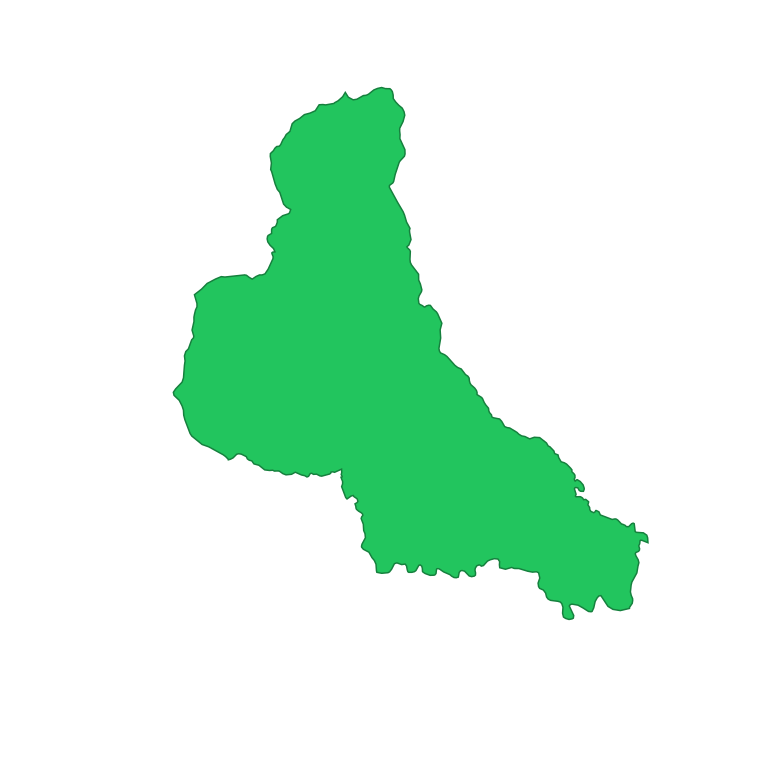 outline of Bongo, Chhukha, Bhutan, rotated 342°
{"feature_id": "84629894B25129658957997", "entity_name": "Bongo", "entity_type": "district", "adm_level": 2, "iso_a3": "BTN", "parent_name": "Bhutan", "parent_adm1": "Chhukha", "projection": "robinson", "projection_center": [89.655, 26.924], "detail": "fine", "context": "isolated", "style": "filled", "palette": "green", "viewbox_px": 768, "rotation_deg": 342, "n_neighbors": 0, "source": "geoboundaries", "source_scale": "gbopen_adm2", "svg_char_len": 6167}
<svg xmlns="http://www.w3.org/2000/svg" viewBox="0 0 768 768"><g transform="rotate(342 384 384)"><path d="M231.3,240.5L231.0,249.6L230.0,252.8L227.6,255.4L225.2,259.3L223.9,261.7L222.6,265.8L218.1,273.4L217.9,279.7L217.0,281.3L214.7,282.6L208.9,290.1L205.5,291.9L202.9,295.6L201.9,300.7L200.0,304.5L195.2,316.2L192.6,319.8L184.3,324.3L181.1,326.8L180.8,329.9L184.2,336.2L185.2,342.5L185.2,346.9L183.9,351.7L183.6,356.4L184.3,371.1L185.1,374.1L192.3,385.3L197.8,389.5L209.2,401.6L210.9,404.0L212.5,407.2L212.5,408.0L214.8,408.1L217.7,407.6L222.2,405.3L224.2,405.4L226.6,406.6L230.6,410.5L230.9,413.0L232.3,414.9L234.5,416.2L235.6,419.8L239.9,422.6L244.0,428.8L248.5,430.9L251.5,431.6L252.8,432.9L256.8,434.1L257.9,435.0L260.1,438.0L262.7,440.1L268.2,441.3L272.4,440.5L277.4,445.0L280.3,446.7L282.0,448.6L283.7,448.5L286.0,446.5L287.1,446.4L287.9,446.8L288.9,448.1L292.0,448.9L294.7,451.6L296.3,452.4L304.4,452.8L305.7,452.4L306.3,451.4L308.2,451.7L309.7,452.7L317.3,451.9L316.5,455.0L315.3,457.0L315.7,458.9L315.3,459.5L314.3,459.4L314.5,464.0L313.7,466.3L312.0,468.5L312.5,480.1L313.3,481.9L318.1,480.4L320.3,480.5L320.6,481.8L322.6,484.4L323.0,485.2L322.9,487.6L321.7,488.5L319.4,489.0L319.4,491.6L319.0,493.5L319.1,494.7L320.5,497.0L322.8,499.7L323.4,501.1L323.3,502.3L321.7,503.5L320.7,504.9L321.0,510.9L319.4,517.1L319.7,520.4L318.8,524.5L313.6,529.5L312.5,531.3L312.3,532.2L313.3,534.8L317.7,539.3L318.9,545.4L320.3,548.9L320.7,553.0L319.1,559.4L319.0,560.9L323.3,563.3L329.5,564.7L331.2,564.4L333.9,562.6L338.4,558.1L341.0,558.1L345.0,561.2L348.5,561.8L349.2,564.0L348.7,567.9L348.7,569.9L349.4,570.8L352.2,571.7L354.9,571.9L356.7,571.3L361.1,567.2L362.6,567.3L363.6,568.9L363.5,571.1L362.7,574.2L363.0,575.0L364.6,577.0L368.7,580.2L372.5,581.3L373.6,581.2L374.9,580.3L376.6,576.6L377.0,576.1L378.0,576.2L379.3,576.8L382.7,581.2L387.8,585.7L388.9,587.6L390.8,589.7L392.9,590.6L395.0,590.6L397.3,586.4L399.1,585.3L400.6,585.5L402.8,586.9L405.7,592.9L407.8,594.3L410.5,594.6L411.9,594.0L412.7,592.0L413.0,589.1L414.0,587.3L416.0,585.6L418.4,585.4L419.2,585.8L420.3,587.3L422.5,587.4L427.7,584.4L430.7,584.0L434.9,584.2L438.3,585.7L439.1,588.6L437.9,591.6L437.3,594.5L442.3,597.7L448.7,597.9L450.9,599.7L455.3,601.2L462.9,606.5L467.1,608.8L471.0,609.7L472.7,611.3L472.2,616.7L469.0,621.0L468.4,624.5L468.9,626.5L471.9,629.2L473.1,632.8L472.8,636.8L473.6,639.2L475.5,641.2L482.2,644.4L484.4,645.9L485.2,647.9L485.2,651.7L483.0,657.2L482.7,661.1L484.3,663.1L487.2,665.1L490.3,665.5L491.7,665.2L492.9,662.8L491.6,652.4L493.0,651.4L494.7,651.4L500.2,654.3L504.0,658.4L508.2,663.5L510.6,664.6L511.6,664.6L514.3,661.7L517.6,656.1L520.6,653.3L522.8,652.0L524.9,652.3L528.3,664.7L532.1,669.1L538.7,672.5L548.1,673.3L548.5,672.3L552.3,669.3L553.6,666.8L554.1,665.0L553.8,661.4L554.1,657.9L556.9,651.6L558.6,648.9L566.1,641.8L569.2,635.8L571.2,632.7L571.4,629.7L570.5,625.3L570.5,623.1L571.5,622.1L574.4,621.8L575.6,620.9L576.2,619.6L576.3,616.6L577.8,615.0L579.0,612.3L579.6,611.9L580.9,612.3L586.0,616.5L587.2,611.8L587.2,609.0L584.7,605.7L578.1,603.0L577.3,601.9L578.8,594.2L578.5,593.8L577.9,593.3L576.3,593.4L572.6,595.3L570.4,594.5L569.7,593.0L567.5,591.0L566.7,590.7L564.3,585.7L563.2,584.3L562.1,583.7L559.1,583.3L549.3,575.4L548.9,572.0L546.9,570.0L546.3,569.8L545.0,570.9L543.7,571.2L541.4,569.1L540.9,567.1L541.4,565.0L540.6,561.9L542.2,559.4L542.0,558.9L540.2,556.1L538.1,555.7L537.6,553.8L536.6,552.5L535.8,551.8L531.8,550.6L531.4,549.8L532.6,548.2L532.7,543.0L532.9,542.2L533.6,541.7L534.4,541.7L536.2,542.6L536.8,545.6L537.9,546.8L540.5,547.7L541.8,546.1L542.2,545.0L542.2,541.5L540.5,537.4L538.3,534.8L537.5,534.7L536.0,535.4L535.5,534.9L535.6,533.2L536.7,532.1L537.4,529.7L537.0,528.2L535.7,525.7L535.6,525.1L536.2,523.8L535.5,521.8L532.9,516.6L531.1,514.6L528.4,512.7L527.4,508.0L527.6,505.2L525.1,503.2L524.8,502.6L524.9,500.2L522.4,495.0L521.0,493.7L520.3,490.3L515.5,483.1L510.5,481.1L505.6,481.2L501.8,477.5L498.9,475.9L496.7,473.4L495.5,471.1L490.0,464.7L487.6,463.5L485.6,461.8L484.4,455.9L483.1,453.0L477.6,449.9L476.6,448.9L476.4,448.1L476.7,446.7L475.5,443.7L475.4,442.0L475.9,439.3L474.3,435.3L473.6,432.6L473.2,428.4L472.7,427.0L469.2,422.8L469.9,420.8L469.9,418.7L469.0,415.9L466.5,411.6L466.1,409.7L466.2,407.3L466.8,404.7L466.2,402.5L464.4,400.2L462.1,393.6L459.2,391.1L457.2,388.2L452.4,377.3L450.7,374.9L447.4,371.9L446.9,369.9L447.2,367.2L452.1,357.8L454.1,349.9L457.8,344.1L456.7,333.7L456.1,331.6L453.8,327.8L452.4,323.6L450.9,322.9L448.6,322.8L446.5,323.4L446.0,323.1L444.5,321.1L442.7,319.4L442.1,318.0L443.0,313.4L444.6,311.0L448.2,307.7L449.1,306.1L449.5,300.1L449.1,295.9L450.8,290.3L447.0,279.4L446.6,276.5L447.2,273.5L450.0,266.1L449.9,264.6L448.2,261.3L448.2,260.5L450.5,259.6L454.3,255.0L455.2,247.9L455.7,245.8L456.8,244.0L455.5,237.0L455.7,229.6L455.4,226.0L453.0,215.2L449.9,198.6L450.3,197.2L450.9,196.7L454.5,195.5L455.8,194.3L459.5,188.0L467.0,177.8L468.4,176.7L473.8,173.7L475.1,171.7L476.3,167.6L474.9,155.5L476.3,151.9L477.1,148.1L478.0,145.6L483.2,140.3L486.8,134.8L487.2,131.2L486.6,127.3L484.2,123.5L482.3,119.5L481.0,115.4L482.0,112.0L482.3,108.5L481.8,106.6L480.9,105.0L476.6,103.5L473.4,101.3L469.2,100.9L465.2,101.2L458.8,103.6L456.3,103.9L453.5,103.3L446.2,104.8L442.5,104.2L438.7,100.3L437.3,94.7L433.5,98.0L427.8,100.5L424.1,101.2L423.0,101.7L414.6,100.5L412.2,99.3L408.6,98.4L403.1,102.9L397.5,103.5L391.5,103.2L385.8,105.4L380.5,106.4L377.1,108.1L372.6,114.7L368.1,116.5L365.6,118.9L363.4,120.4L359.8,124.3L358.0,125.5L355.3,125.0L353.0,126.1L351.0,127.9L347.2,129.7L346.2,132.3L345.2,139.1L342.5,145.0L342.8,147.3L342.3,160.2L342.7,166.0L344.1,169.5L344.1,181.9L345.9,185.7L349.2,189.2L346.9,192.2L345.3,192.6L339.7,192.6L333.3,194.8L332.5,197.2L330.2,200.1L329.1,200.7L326.3,200.9L325.4,201.6L324.8,202.5L323.6,206.1L319.8,206.9L318.9,207.6L317.7,209.9L317.4,213.0L318.5,216.8L320.8,221.1L321.1,224.6L319.0,224.2L318.0,224.5L317.7,225.4L317.9,228.7L317.1,230.5L309.4,238.9L304.8,242.5L301.8,242.6L299.3,241.8L295.6,242.2L291.1,243.5L288.7,240.9L286.8,238.1L285.2,237.2L265.7,233.1L262.4,231.6L256.3,232.1L246.9,233.7L239.8,237.4L231.3,240.5Z" fill="#22c55e" stroke="#15803d" stroke-width="1.5"/></g></svg>